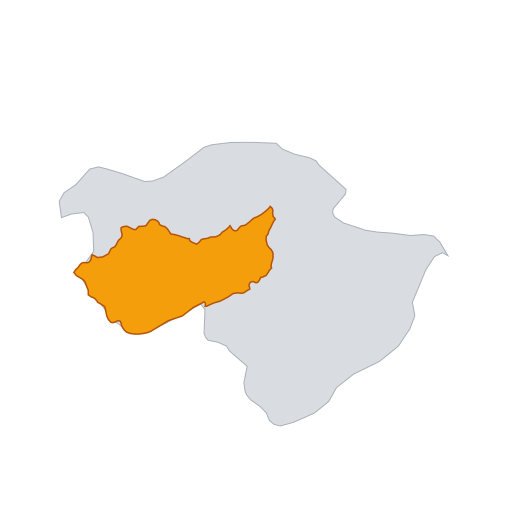 Southern highlighted on a map of Rwanda, rotated 57°
{"feature_id": "RWA-3491", "entity_name": "Southern", "entity_type": "Province", "adm_level": 1, "iso_a3": "RWA", "parent_name": "Rwanda", "parent_adm1": "", "projection": "robinson", "projection_center": [29.673, -2.278], "detail": "fine", "context": "in_parent", "style": "filled", "palette": "amber", "viewbox_px": 512, "rotation_deg": 57, "n_neighbors": 0, "source": "natural_earth", "source_scale": "10m", "svg_char_len": 3859}
<svg xmlns="http://www.w3.org/2000/svg" viewBox="0 0 512 512"><g transform="rotate(57 256 256)"><path d="M209.0,153.8L214.3,153.6L249.2,144.2L252.7,147.1L258.4,165.5L261.3,168.2L266.2,168.8L276.0,164.6L294.0,150.2L301.8,141.5L311.1,129.2L322.9,115.4L329.5,103.4L335.9,96.3L344.4,94.2L353.7,94.7L360.2,94.9L354.8,97.8L353.7,106.7L359.9,120.8L379.9,150.0L392.7,155.4L401.0,166.8L409.2,185.9L411.6,209.9L408.2,238.7L410.2,260.1L417.6,274.2L419.5,292.4L416.0,314.8L411.8,328.2L406.7,332.7L401.0,334.3L393.3,332.8L383.9,334.7L373.6,338.9L367.2,339.5L363.2,338.7L355.6,335.1L343.7,323.5L321.4,329.9L315.4,329.8L307.2,335.3L300.6,342.1L296.5,342.5L292.4,341.6L273.2,328.0L266.2,328.4L263.3,366.8L260.1,388.1L256.2,397.6L242.4,406.7L228.6,411.9L221.0,411.6L190.6,414.4L178.8,414.5L172.2,411.3L163.7,389.6L147.5,379.9L132.1,375.4L125.8,376.7L120.2,388.0L117.9,398.3L102.9,391.2L98.4,382.6L98.0,368.0L92.5,348.1L95.5,339.6L101.4,334.0L113.8,323.5L132.8,308.9L136.8,301.9L139.5,290.3L138.3,263.3L136.5,240.5L138.7,232.3L147.4,214.7L159.0,196.7L172.5,177.6L180.6,175.7L191.3,168.5L202.6,157.8L209.0,153.8Z" fill="#d9dde1" stroke="#a8b0b8" stroke-width="1"/><path d="M270.5,326.1L269.4,325.0L268.1,324.2L266.5,324.3L266.0,325.3L266.0,327.0L265.0,336.4L266.1,350.5L262.6,364.3L261.9,383.2L261.9,385.2L261.0,389.2L259.4,393.2L257.5,397.0L255.3,400.4L252.0,404.2L248.9,406.2L245.7,406.9L241.6,406.8L238.0,405.5L236.2,405.6L235.0,407.3L234.4,411.1L233.7,412.8L232.2,413.9L228.5,414.4L225.5,413.9L218.7,411.4L217.0,410.7L215.8,410.6L211.0,412.6L209.8,413.4L208.5,414.0L206.9,413.9L203.3,414.5L200.3,416.6L197.2,417.8L193.4,415.4L187.6,414.2L184.4,413.5L181.5,413.9L174.6,417.3L170.6,417.7L169.1,414.3L168.9,412.0L167.4,408.2L167.1,406.0L167.6,404.1L169.9,401.0L170.2,398.9L169.2,396.6L165.7,392.9L165.7,392.7L168.7,390.9L169.5,390.6L171.0,389.7L173.3,385.1L173.8,378.5L172.0,375.4L171.1,374.0L170.9,372.7L171.1,371.0L171.4,369.2L170.8,368.1L170.0,366.3L168.7,364.4L167.8,362.1L167.4,359.4L166.1,357.3L163.9,356.2L160.9,355.1L158.9,353.9L158.8,352.7L159.5,350.3L160.9,347.9L164.3,345.9L167.6,343.8L168.3,342.1L167.8,340.1L167.3,338.3L168.7,335.9L170.3,333.0L170.5,331.3L169.4,328.7L168.3,325.7L168.7,323.2L170.4,321.0L172.8,319.6L175.2,319.2L177.0,319.8L179.1,318.7L182.1,316.2L185.4,315.5L188.2,315.5L190.1,315.4L191.1,315.5L193.5,312.8L197.5,309.2L199.6,307.8L201.4,306.1L203.5,304.6L204.4,303.5L205.1,302.4L206.0,302.8L207.0,303.2L208.2,302.7L209.5,302.2L210.6,301.5L212.3,300.3L213.7,299.5L213.6,297.0L213.0,294.5L212.5,293.4L212.7,291.5L214.2,288.4L215.1,285.9L215.1,284.5L215.7,283.3L216.1,282.5L216.9,281.2L218.0,279.2L218.3,277.5L218.4,275.9L218.6,274.4L218.1,273.1L217.6,271.1L217.7,267.2L217.1,263.2L216.4,261.3L218.1,261.3L220.5,261.4L222.4,260.8L223.9,259.3L224.2,257.3L223.5,255.8L222.9,253.8L222.8,251.7L223.5,250.3L224.3,248.0L223.9,243.1L223.1,238.6L223.1,236.4L223.7,234.2L224.1,229.1L223.6,223.0L223.0,219.6L222.5,217.8L222.1,217.1L223.0,216.8L224.9,216.5L226.7,216.9L229.4,218.9L232.4,220.1L234.4,219.7L235.7,219.9L236.2,221.6L237.9,224.6L240.1,228.2L242.0,231.6L244.2,234.0L245.0,236.6L248.1,238.8L252.6,240.5L255.7,240.5L258.9,239.8L261.7,239.9L263.7,240.6L264.8,241.5L266.1,242.2L267.3,243.2L268.3,244.3L269.6,245.8L271.2,247.7L272.8,248.9L274.0,249.2L274.5,249.5L274.4,249.7L274.7,250.3L275.2,251.9L275.6,253.3L276.0,253.9L276.4,254.6L276.9,255.8L277.4,257.1L277.9,258.5L277.6,259.3L277.5,259.6L277.5,260.3L277.4,261.5L277.1,262.6L276.5,263.6L278.1,266.3L279.1,269.1L278.4,270.5L277.8,271.2L276.5,271.8L275.3,273.2L275.0,275.0L276.0,277.2L277.4,278.2L278.1,278.3L279.0,278.6L280.0,279.0L280.4,279.3L280.2,281.1L280.2,284.4L280.2,286.6L279.1,288.8L276.7,291.8L275.0,295.6L275.2,301.7L274.3,310.7L272.4,317.0L272.3,317.3L272.3,317.7L271.7,321.1L271.3,324.6L271.1,325.1L270.9,325.6L270.5,326.1Z" fill="#f59e0b" stroke="#b45309" stroke-width="1.5"/></g></svg>